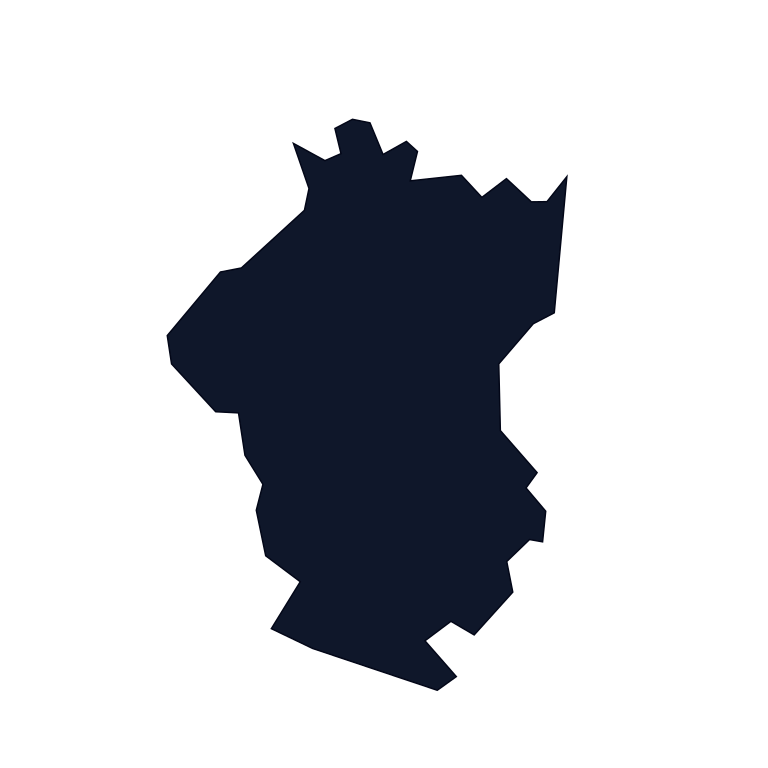 Anderson, Kentucky, United States of America (Robinson projection), rotated 298°
{"feature_id": "52423323B73642755696562", "entity_name": "Anderson", "entity_type": "district", "adm_level": 2, "iso_a3": "USA", "parent_name": "United States of America", "parent_adm1": "Kentucky", "projection": "robinson", "projection_center": [-84.971, 38.007], "detail": "fine", "context": "isolated", "style": "filled", "palette": "ink", "viewbox_px": 768, "rotation_deg": 298, "n_neighbors": 0, "source": "geoboundaries", "source_scale": "gbopen_adm2", "svg_char_len": 747}
<svg xmlns="http://www.w3.org/2000/svg" viewBox="0 0 768 768"><g transform="rotate(298 384 384)"><path d="M315.0,585.5L319.1,598.1L347.6,586.5L358.9,558.2L377.6,560.8L397.5,508.6L455.6,475.9L507.3,487.5L526.8,500.9L652.9,448.1L621.5,442.3L614.0,428.6L622.8,395.7L594.7,382.8L604.6,354.4L575.7,311.8L605.0,304.4L608.7,289.9L586.2,275.4L608.0,249.0L602.9,231.9L586.6,220.7L567.2,237.9L553.5,227.0L553.9,191.1L521.4,226.0L500.0,232.2L419.5,203.6L406.1,187.0L325.0,169.9L302.0,187.0L280.5,248.4L290.2,269.1L255.8,294.7L238.6,324.2L212.6,330.5L176.8,360.2L170.1,402.9L115.1,399.4L117.0,445.1L138.6,574.8L159.6,585.2L176.5,540.7L205.9,554.5L204.8,581.4L260.7,595.4L284.9,575.7L315.0,585.5Z" fill="#0f172a" stroke="#020617" stroke-width="1.5"/></g></svg>